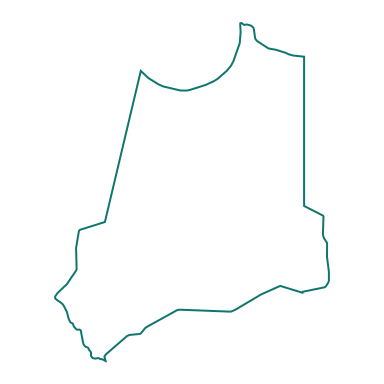 outline of Batha
{"feature_id": "TCD-1472", "entity_name": "Batha", "entity_type": "Prefecture", "adm_level": 1, "iso_a3": "TCD", "parent_name": "Chad", "parent_adm1": "", "projection": "mercator", "projection_center": [18.213, 14.169], "detail": "fine", "context": "isolated", "style": "outline", "palette": "teal", "viewbox_px": 384, "rotation_deg": 0, "n_neighbors": 0, "source": "natural_earth", "source_scale": "10m", "svg_char_len": 2225}
<svg xmlns="http://www.w3.org/2000/svg" viewBox="0 0 384 384"><path d="M70.7,278.5L75.9,270.9L76.5,269.6L76.6,268.0L76.1,248.7L76.1,247.9L78.7,232.3L78.9,231.3L79.4,230.3L80.3,229.7L104.9,222.0L140.8,70.9L148.3,78.0L158.4,84.3L163.4,86.5L180.4,90.5L187.2,90.5L189.6,90.0L205.8,84.9L214.0,81.1L217.5,78.9L226.6,71.0L230.9,65.9L233.4,61.2L239.6,43.5L239.8,42.5L240.6,32.3L240.2,23.8L240.3,23.3L240.7,23.1L241.3,23.0L242.1,23.3L243.4,24.5L243.9,24.8L244.8,24.9L246.3,24.5L246.8,24.5L247.8,24.7L250.6,25.5L251.2,25.8L251.8,26.2L252.8,27.1L253.3,27.7L253.6,28.2L254.0,30.1L255.1,38.0L255.2,38.4L255.4,38.9L256.1,39.9L257.2,41.1L267.9,48.1L269.2,48.6L275.6,49.7L285.6,52.8L288.7,54.3L293.0,55.5L304.1,56.7L304.1,193.8L304.1,206.0L322.4,215.3L323.2,215.9L323.5,216.4L322.9,234.6L323.4,236.5L324.0,238.2L326.9,242.7L327.1,243.5L327.0,256.9L328.9,271.9L328.9,280.7L328.6,281.6L328.1,282.9L325.9,286.3L325.3,286.9L324.9,287.1L324.1,287.4L303.1,291.7L302.5,292.0L302.7,292.4L303.3,293.0L280.2,285.9L261.0,294.5L236.3,309.2L231.9,311.3L230.6,311.6L229.4,311.6L179.8,309.7L178.4,309.9L176.8,310.3L147.5,326.5L145.1,328.1L141.4,332.8L140.3,333.7L139.3,334.0L130.0,334.9L128.7,335.3L127.2,335.9L106.0,354.3L104.4,356.5L105.6,361.0L104.9,360.7L104.2,360.3L103.9,360.1L103.2,359.6L102.8,359.5L102.3,359.3L100.6,359.1L100.2,359.1L99.8,358.9L99.1,358.4L98.8,358.2L98.3,358.1L97.8,358.1L97.4,358.2L96.5,358.4L96.0,358.5L95.5,358.6L94.6,358.5L93.6,358.3L93.1,358.2L92.7,358.0L92.4,357.7L91.3,356.5L91.1,356.1L91.0,355.5L91.1,353.2L91.0,352.6L90.7,352.0L90.2,351.2L89.4,350.4L89.1,350.0L88.6,348.6L88.3,348.1L88.0,347.8L87.7,347.5L85.7,346.8L85.4,346.6L85.1,346.3L83.6,344.4L83.2,343.2L81.2,332.8L81.1,331.8L81.0,331.0L80.4,330.1L79.9,329.8L79.3,329.6L78.8,329.6L77.8,329.7L77.3,329.6L76.8,329.5L76.4,329.3L76.1,329.1L75.8,328.8L75.1,327.9L74.5,327.2L74.1,326.8L73.7,326.1L73.0,324.1L72.7,323.6L72.4,323.3L72.0,323.1L71.2,322.8L70.8,322.6L70.5,322.3L70.2,322.0L70.0,321.7L69.5,320.7L68.3,317.7L67.0,312.3L66.7,311.5L63.2,304.8L62.6,304.2L60.2,302.1L58.3,301.0L55.7,298.9L55.4,298.6L55.2,298.2L55.1,297.8L55.1,297.1L55.2,296.6L55.4,296.1L57.6,293.0L64.8,286.1L65.9,285.2L67.2,283.8L70.7,278.5Z" fill="none" stroke="#0f766e" stroke-width="2"/></svg>